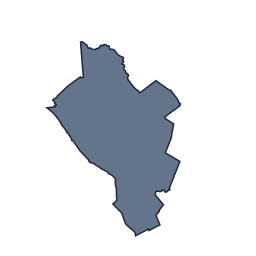 the district of Woerden, Utrecht, Netherlands, rotated 55°
{"feature_id": "6326949B31284337672532", "entity_name": "Woerden", "entity_type": "district", "adm_level": 2, "iso_a3": "NLD", "parent_name": "Netherlands", "parent_adm1": "Utrecht", "projection": "natural_earth1", "projection_center": [4.901, 52.114], "detail": "fine", "context": "isolated", "style": "filled", "palette": "slate", "viewbox_px": 256, "rotation_deg": 55, "n_neighbors": 0, "source": "geoboundaries", "source_scale": "gbopen_adm2", "svg_char_len": 5124}
<svg xmlns="http://www.w3.org/2000/svg" viewBox="0 0 256 256"><g transform="rotate(55 128 128)"><path d="M220.6,183.6L221.2,179.0L222.3,171.3L222.5,169.3L224.0,169.7L224.8,163.3L225.6,157.4L215.7,155.2L215.6,154.9L215.4,154.8L215.4,154.7L215.3,154.2L215.1,153.4L215.1,153.2L214.7,151.9L214.6,151.3L214.1,149.9L213.5,150.0L213.0,148.6L211.2,143.0L198.7,144.1L197.2,142.9L196.5,142.2L196.3,141.9L196.2,141.6L196.2,141.3L196.2,141.0L196.2,140.7L196.3,140.5L196.5,140.3L197.2,139.5L198.3,138.5L198.5,138.3L198.6,138.1L198.8,137.6L198.9,136.5L199.0,135.2L199.0,134.8L199.1,134.7L199.3,134.4L199.5,134.3L200.0,134.3L201.1,134.4L201.5,134.3L201.8,134.2L202.0,134.1L202.1,133.9L202.3,133.6L202.5,133.2L202.5,132.3L202.4,131.6L202.2,130.6L202.3,130.3L202.3,130.2L202.8,129.6L202.8,129.4L201.3,128.4L201.3,128.5L201.0,128.8L200.9,128.6L200.4,127.9L196.7,122.1L194.1,118.1L193.6,117.5L193.2,117.1L193.0,116.8L192.7,116.6L192.7,116.4L192.7,116.2L185.2,104.7L184.0,105.2L171.4,110.9L170.2,111.4L169.6,111.6L169.5,111.4L168.9,110.5L165.7,105.5L163.9,102.8L161.1,98.5L155.6,93.1L155.1,92.5L152.6,90.1L151.0,88.3L146.4,90.1L144.2,91.0L143.8,91.2L143.6,91.3L143.2,91.4L143.1,91.5L142.0,91.8L141.6,92.0L141.3,91.9L140.5,92.1L140.1,91.9L140.1,91.4L140.1,90.3L140.0,89.7L139.9,85.9L139.8,82.9L139.7,75.0L139.6,74.0L139.6,73.2L139.5,72.6L139.0,72.7L138.2,71.2L137.1,71.6L136.5,71.7L135.9,71.6L134.0,71.1L133.4,71.0L132.7,71.0L123.6,71.3L122.2,71.3L122.3,71.5L121.6,71.7L121.6,71.8L121.3,71.9L121.3,72.0L120.5,72.4L118.0,73.5L114.2,74.8L105.2,78.0L105.3,79.3L105.3,80.0L105.3,81.1L105.4,81.4L105.4,83.5L105.5,84.5L105.6,88.1L105.6,89.2L105.7,90.0L105.9,94.2L106.0,98.3L104.7,98.3L104.0,98.2L103.1,98.2L102.2,99.0L100.2,99.3L99.1,99.6L98.1,99.8L97.2,99.9L93.3,100.1L92.0,100.1L91.4,100.1L88.3,100.2L88.0,100.1L87.7,99.9L87.0,99.8L86.5,99.3L86.3,99.2L86.0,99.0L85.9,98.9L85.6,98.1L85.5,97.6L85.1,97.5L84.9,97.3L84.3,97.2L83.1,97.4L83.0,97.5L82.4,97.6L82.3,97.8L81.7,98.1L81.2,98.1L80.7,97.8L80.5,97.6L80.1,97.4L79.5,97.4L78.5,97.6L77.6,97.6L77.0,97.5L76.7,97.4L76.4,97.1L76.3,96.9L76.1,96.0L76.0,95.8L75.6,95.6L75.2,95.2L74.6,95.0L74.4,95.1L74.1,95.1L73.3,95.5L72.7,95.9L72.5,96.2L72.1,96.1L71.9,96.1L71.8,95.8L71.8,95.3L71.6,94.8L71.3,93.5L70.3,93.6L70.2,93.3L69.0,93.5L69.0,92.9L68.8,92.6L68.2,91.6L68.0,91.4L67.8,91.3L67.6,91.4L67.4,91.6L67.0,91.6L67.0,91.8L65.9,92.5L65.3,93.0L65.1,93.1L64.7,93.1L63.7,93.5L63.0,94.0L62.0,94.3L61.5,94.4L60.8,94.3L60.5,94.3L59.5,94.3L59.1,94.3L58.3,94.5L57.7,94.6L56.8,94.3L56.6,94.3L56.1,94.5L56.0,94.8L55.5,95.1L55.0,95.5L54.2,95.9L54.1,96.0L53.8,96.5L53.6,96.9L53.4,97.3L53.2,97.5L52.6,97.6L52.3,97.5L51.8,97.3L51.3,96.9L51.1,96.9L50.6,96.7L50.0,96.6L49.7,96.7L48.8,97.7L48.4,98.0L47.5,98.3L47.4,98.4L47.3,98.6L47.2,98.7L46.8,98.7L46.8,99.0L46.6,99.1L46.5,99.3L46.3,99.4L46.0,99.6L45.7,100.1L45.7,100.3L45.9,100.8L46.0,101.2L46.0,101.5L45.9,101.8L45.8,102.0L45.1,102.3L44.9,102.4L44.7,102.5L44.6,103.0L45.0,103.6L45.0,103.9L45.1,104.6L45.3,105.0L45.3,105.4L45.5,105.8L45.7,106.0L45.8,106.4L45.8,106.6L45.5,106.7L45.4,106.8L45.3,107.0L45.4,107.6L45.3,107.8L45.0,108.2L45.1,108.4L44.9,108.5L44.8,108.8L44.9,109.1L45.1,109.7L45.1,109.8L44.8,110.2L44.7,110.3L44.4,110.5L44.2,110.6L43.8,111.2L43.8,111.3L43.6,111.6L43.0,112.1L42.5,112.3L41.6,112.5L41.4,112.6L40.9,112.8L40.7,113.1L40.6,113.4L40.5,113.5L40.6,113.9L40.3,114.2L40.1,114.4L39.9,114.4L39.5,114.7L38.8,114.7L38.3,114.6L38.0,114.5L37.8,114.5L37.0,114.3L36.2,114.1L35.8,114.4L35.7,114.4L35.4,114.5L34.9,114.9L34.7,114.9L34.1,115.2L33.5,115.2L32.5,115.5L32.0,115.6L31.7,115.7L31.4,115.9L31.3,116.0L30.7,116.6L30.6,116.9L30.5,117.3L30.4,117.6L30.7,117.7L31.3,118.0L33.5,119.3L33.4,119.4L33.6,119.5L44.3,125.8L54.2,131.6L56.9,133.2L57.8,133.6L60.7,135.3L60.9,135.4L61.0,135.5L60.9,135.7L60.5,136.6L60.0,137.5L58.8,137.7L59.0,146.5L59.0,147.7L59.1,150.9L59.1,151.6L59.3,153.6L59.3,154.3L61.2,167.1L61.2,167.6L61.5,167.7L62.0,167.9L61.8,173.6L62.0,173.6L62.8,173.6L64.4,173.3L65.8,173.2L66.0,174.0L66.7,173.8L68.0,173.4L68.0,173.5L67.6,175.7L68.9,175.9L66.2,180.5L65.9,181.1L65.0,182.8L69.0,181.7L71.7,180.9L74.2,180.5L76.4,180.2L79.7,180.2L80.3,180.1L80.5,180.1L82.5,180.1L84.2,180.1L86.0,180.2L86.1,180.4L86.6,180.2L86.7,180.3L86.8,180.3L87.9,180.5L89.1,180.5L90.2,180.3L94.7,180.2L95.4,180.3L96.4,180.8L96.6,180.7L96.2,180.2L97.9,180.2L101.8,180.4L104.3,180.4L104.8,180.6L106.0,181.2L106.7,180.4L109.5,180.3L117.5,180.4L119.2,180.4L123.0,179.9L123.6,179.8L125.8,179.5L130.8,178.6L131.2,178.7L132.1,178.4L132.4,179.0L133.0,178.8L133.8,178.8L134.0,179.1L135.1,178.6L135.8,177.6L136.1,177.3L136.6,176.9L137.2,176.7L140.5,175.4L144.0,173.8L145.6,173.5L151.9,170.2L153.7,169.9L154.0,170.2L157.6,168.2L160.0,167.7L162.5,167.4L163.1,168.1L164.7,169.1L164.8,169.4L164.9,169.5L166.6,170.4L167.7,171.0L169.4,171.7L170.8,172.3L172.5,173.3L175.4,175.3L176.7,176.2L181.0,178.7L181.2,181.5L181.3,182.7L181.4,183.9L184.5,183.6L185.4,183.5L185.9,183.3L187.0,183.1L194.0,181.9L195.8,182.4L205.0,185.0L205.4,185.0L208.4,184.3L210.8,183.8L215.0,182.6L217.2,182.2L217.5,182.2L217.7,182.3L218.9,182.8L220.6,183.6Z" fill="#64748b" stroke="#1e293b" stroke-width="1.5"/></g></svg>